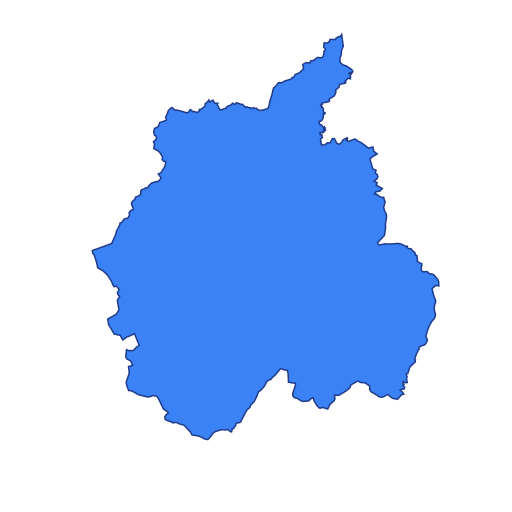 Oke Ta Ra, Mandalay, Myanmar (Natural Earth projection), rotated 71°
{"feature_id": "60261553B97058697426989", "entity_name": "Oke Ta Ra", "entity_type": "district", "adm_level": 2, "iso_a3": "MMR", "parent_name": "Myanmar", "parent_adm1": "Mandalay", "projection": "natural_earth1", "projection_center": [96.134, 20.038], "detail": "fine", "context": "isolated", "style": "filled", "palette": "blue", "viewbox_px": 512, "rotation_deg": 71, "n_neighbors": 0, "source": "geoboundaries", "source_scale": "gbopen_adm2", "svg_char_len": 6102}
<svg xmlns="http://www.w3.org/2000/svg" viewBox="0 0 512 512"><g transform="rotate(71 256 256)"><path d="M102.4,310.6L103.4,310.8L104.5,312.0L106.1,312.4L108.7,312.6L109.6,311.7L111.3,311.5L113.2,312.3L114.5,315.8L117.3,315.5L120.5,317.5L121.4,317.5L125.1,314.1L127.3,313.1L131.9,312.1L134.4,313.4L136.3,312.5L137.4,310.5L141.8,313.1L146.4,318.8L146.6,321.7L151.3,320.3L153.7,323.8L153.1,326.6L153.1,331.3L154.8,334.7L156.2,335.9L155.7,338.3L156.2,340.1L156.1,342.5L157.0,343.8L160.3,345.1L160.9,346.7L161.2,350.8L163.1,352.2L163.8,354.4L165.0,356.2L166.8,356.9L170.6,356.5L172.4,357.1L172.0,359.2L173.8,362.0L175.9,362.1L177.9,364.1L178.4,365.5L178.1,367.3L178.3,368.8L180.6,372.1L180.7,374.0L181.8,374.3L186.9,379.6L190.8,382.4L197.0,388.2L197.3,389.4L197.5,409.0L200.3,409.5L202.1,408.7L210.3,408.8L215.6,409.5L219.9,405.7L225.8,402.6L232.7,400.9L237.5,400.6L238.9,400.1L239.2,397.6L243.2,396.4L245.7,399.1L248.3,398.9L249.6,397.9L252.7,401.5L262.3,403.1L265.6,407.1L267.3,416.7L272.7,417.7L283.9,415.4L284.5,413.7L285.5,412.7L286.6,410.3L292.0,409.3L290.5,404.5L290.5,402.0L289.9,396.2L302.5,395.5L303.3,398.8L305.0,401.8L305.3,403.2L304.2,406.9L302.4,408.9L309.0,412.1L311.6,411.4L314.4,408.6L319.3,408.3L319.0,412.5L325.6,414.0L332.9,419.8L336.3,420.4L341.8,420.2L342.6,418.2L343.9,416.7L349.1,412.0L353.8,404.7L354.2,403.9L354.6,400.7L354.2,399.1L356.4,395.5L359.2,394.6L370.4,393.4L375.1,389.9L375.9,390.2L377.2,393.3L378.6,394.7L380.4,395.1L381.9,394.4L385.0,390.4L386.8,388.9L386.8,387.7L387.5,385.4L389.9,383.0L392.6,379.1L401.4,375.2L404.3,374.8L407.5,368.9L409.1,367.2L409.7,365.8L411.5,365.2L413.9,361.3L412.0,357.8L409.3,353.9L408.8,351.7L408.9,346.2L409.2,344.6L410.5,341.5L410.6,339.6L414.2,336.9L414.3,336.3L411.8,334.8L411.7,333.0L411.3,332.4L410.7,332.1L409.6,330.4L408.0,329.5L407.7,328.2L408.2,325.8L408.0,324.8L398.7,314.9L397.2,311.1L395.2,309.4L393.2,305.3L389.9,301.8L385.2,297.8L384.4,294.9L381.7,290.3L377.9,286.4L377.3,281.6L375.9,279.7L375.2,277.2L370.8,270.0L371.0,268.1L372.4,267.1L374.4,263.6L377.6,263.9L385.9,266.4L389.3,260.1L390.6,260.5L397.7,265.8L400.0,266.7L401.6,266.3L403.0,265.1L403.9,263.4L407.6,260.6L408.8,258.9L410.1,253.6L408.9,250.4L408.5,248.1L412.4,248.2L417.5,247.0L420.2,245.8L420.7,245.0L420.9,242.3L424.0,238.0L420.7,234.7L419.2,231.9L418.4,229.3L416.8,227.8L413.1,227.2L414.3,224.3L414.6,222.4L412.8,214.3L411.4,210.7L410.6,209.5L408.7,208.2L407.4,200.7L408.1,199.5L409.5,198.5L411.4,194.3L415.4,191.2L416.7,190.8L419.3,192.1L421.8,191.4L426.9,187.0L428.7,186.0L430.0,184.2L430.5,182.7L430.5,180.1L429.9,178.0L430.1,176.3L434.1,173.9L435.9,172.0L436.4,170.5L437.6,169.0L434.5,163.4L434.7,161.2L432.5,161.7L429.7,163.4L429.3,161.9L430.0,159.5L428.6,158.2L425.8,159.2L425.4,157.7L423.6,158.6L422.7,157.3L424.7,155.5L424.8,154.1L421.5,153.8L419.2,152.4L416.5,152.5L416.3,150.6L411.0,146.6L408.1,140.0L405.9,139.0L404.9,139.5L401.0,136.3L397.7,133.0L397.3,132.2L395.7,131.8L394.8,129.3L395.0,126.2L394.5,124.4L391.6,121.4L387.0,121.4L382.2,118.1L378.1,114.6L375.1,111.1L373.1,107.6L370.1,105.4L364.4,104.9L361.1,103.4L357.4,100.8L350.5,100.8L344.1,100.1L342.4,95.7L343.8,92.8L339.2,91.6L337.0,91.9L331.4,94.1L328.6,98.3L326.6,99.1L325.1,103.6L324.2,104.1L322.5,104.3L317.5,101.7L313.7,105.4L312.5,104.5L310.9,104.6L308.1,103.6L307.1,104.8L304.3,104.7L302.2,106.1L299.5,107.1L299.1,109.0L297.0,110.3L296.0,109.8L295.5,111.5L292.4,114.3L290.4,117.4L288.1,126.3L286.5,130.0L285.7,136.1L283.0,136.8L278.4,127.9L271.6,124.3L268.2,123.3L261.2,119.7L258.9,119.1L255.9,119.7L251.6,119.5L246.6,116.1L245.5,116.5L242.1,116.2L241.6,118.1L238.7,120.9L236.7,121.8L236.0,123.9L234.3,121.7L235.0,117.8L233.3,114.5L228.3,119.2L226.1,117.6L223.6,120.1L222.5,116.7L220.7,114.9L218.5,114.9L216.0,116.3L214.1,114.5L211.6,117.2L201.6,116.7L200.4,114.8L198.9,108.2L195.4,110.5L190.9,110.0L190.7,114.4L183.2,119.5L181.0,121.8L177.5,124.4L177.8,131.0L176.1,132.8L175.3,131.5L174.5,131.2L173.8,131.5L174.5,132.7L174.2,133.1L174.4,135.5L176.6,138.4L177.5,140.5L176.0,142.8L170.6,143.6L169.8,145.4L173.1,149.1L172.2,152.0L173.4,154.7L172.3,157.9L166.7,157.1L165.6,154.7L162.5,154.3L162.3,155.8L160.1,155.3L160.4,153.7L161.3,152.6L159.5,149.2L159.0,149.2L158.9,150.8L157.5,149.1L157.3,150.1L156.1,149.5L156.4,150.5L154.5,151.4L153.5,151.2L153.1,152.4L150.6,153.1L149.3,152.1L149.7,151.1L148.8,148.8L145.5,146.6L143.7,146.2L144.0,144.9L143.5,144.1L142.9,144.2L142.4,145.4L138.3,144.3L136.8,145.7L136.1,144.8L134.7,145.9L134.0,145.3L134.1,144.0L132.9,143.9L133.8,136.9L133.3,136.0L132.0,136.1L131.5,135.5L130.0,129.7L127.5,127.4L126.1,126.8L125.2,127.0L123.4,122.6L121.6,121.6L121.0,120.6L121.6,115.3L120.5,115.3L120.6,114.4L119.6,114.4L117.9,111.2L119.2,109.1L118.0,108.8L117.7,108.2L116.7,108.5L114.6,107.0L113.8,107.5L113.8,108.7L113.2,108.1L113.5,105.9L114.4,106.0L113.2,104.4L111.6,104.5L109.6,105.7L105.7,108.7L103.4,111.8L100.3,113.4L96.3,112.3L93.4,109.8L89.4,108.2L86.1,105.2L74.4,102.9L76.0,104.9L75.5,106.1L76.0,109.3L77.3,110.3L75.3,115.3L77.4,117.4L77.8,119.7L76.6,122.2L80.8,124.0L82.6,123.1L83.8,123.3L84.4,124.1L84.6,125.2L87.4,126.1L90.1,128.8L88.3,133.2L89.8,138.1L89.3,141.0L91.1,142.0L89.5,145.5L89.9,148.5L90.4,149.5L94.4,150.0L96.6,154.6L97.2,157.4L97.0,159.4L99.5,162.6L98.9,163.7L100.1,164.8L99.9,172.3L100.6,174.9L99.4,178.3L101.8,181.9L103.0,185.0L104.1,185.2L104.6,186.0L108.1,188.0L115.0,193.1L117.1,194.1L120.3,196.5L120.3,201.3L119.6,205.1L117.6,207.2L116.6,207.2L116.0,209.3L115.0,209.9L115.1,212.2L114.1,212.8L113.1,215.0L112.1,215.8L112.1,217.5L111.1,217.7L110.3,218.6L108.1,219.3L107.8,220.8L105.8,223.0L104.7,225.0L105.7,225.6L105.8,226.6L103.9,228.3L105.0,230.4L105.2,234.8L106.6,236.7L106.4,238.4L106.6,240.9L105.8,242.5L100.0,243.4L99.2,242.4L98.1,245.3L94.6,246.0L95.3,249.8L93.1,249.8L94.8,252.3L95.4,254.5L97.7,255.4L99.5,260.6L99.0,261.9L100.7,262.7L101.2,264.0L100.1,266.6L99.3,267.1L98.8,269.2L97.2,269.5L96.2,270.8L97.8,272.3L98.2,274.6L93.2,281.7L91.4,285.3L88.3,287.0L88.4,288.5L90.1,291.6L93.4,294.2L95.4,296.4L96.8,296.1L98.5,296.8L98.5,303.5L101.9,306.4L102.4,310.6Z" fill="#3b82f6" stroke="#1e3a8a" stroke-width="1.5"/></g></svg>